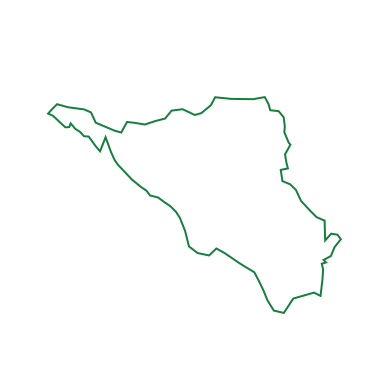 Trimithousa, Paphos, Cyprus, rotated 99°
{"feature_id": "46923920B17841566161623", "entity_name": "Trimithousa", "entity_type": "district", "adm_level": 2, "iso_a3": "CYP", "parent_name": "Cyprus", "parent_adm1": "Paphos", "projection": "albers", "projection_center": [32.443, 34.816], "detail": "fine", "context": "isolated", "style": "outline", "palette": "green", "viewbox_px": 384, "rotation_deg": 99, "n_neighbors": 0, "source": "geoboundaries", "source_scale": "gbopen_adm2", "svg_char_len": 1320}
<svg xmlns="http://www.w3.org/2000/svg" viewBox="0 0 384 384"><g transform="rotate(99 192 192)"><path d="M86.9,135.0L90.7,146.0L92.3,156.7L93.9,168.0L94.8,184.0L103.3,186.9L112.6,195.1L115.5,201.3L111.7,214.2L114.8,224.9L123.6,230.0L127.7,239.4L132.7,249.1L132.7,260.8L133.0,267.1L144.3,271.2L143.6,277.8L138.6,297.9L129.2,304.2L127.3,311.4L127.7,327.5L126.4,339.0L132.6,343.5L137.1,346.4L138.4,341.4L140.5,338.2L145.1,331.5L147.9,327.2L147.1,323.4L143.2,322.6L147.8,317.3L150.2,311.9L153.8,307.4L153.4,302.7L161.9,294.2L166.2,289.2L151.4,285.9L165.1,278.3L172.3,273.6L176.6,269.5L189.1,253.3L194.8,243.6L197.8,237.2L202.0,232.8L202.7,224.7L206.1,218.2L209.5,211.0L214.2,204.6L219.6,199.8L231.6,192.7L246.2,186.5L251.4,177.0L252.0,165.2L244.0,159.1L247.2,150.3L254.8,134.2L257.4,128.1L261.5,117.9L269.7,111.8L278.1,106.0L287.1,100.6L294.2,94.5L296.3,92.7L297.1,82.4L281.4,75.3L272.3,55.8L274.5,48.8L257.6,49.5L247.9,50.4L242.5,52.6L240.6,48.6L238.5,51.4L233.5,44.8L224.2,42.6L215.4,37.6L211.4,41.6L211.4,48.0L219.0,52.9L211.6,54.3L199.6,56.5L197.3,65.1L191.7,72.8L183.7,82.9L173.7,89.7L169.1,96.1L167.1,104.4L156.3,107.8L153.7,101.0L148.1,103.4L140.3,106.0L129.8,102.2L128.2,104.2L118.4,110.2L112.6,110.6L103.8,113.2L98.6,119.1L99.0,127.5L93.0,130.3L86.9,135.0Z" fill="none" stroke="#15803d" stroke-width="2"/></g></svg>